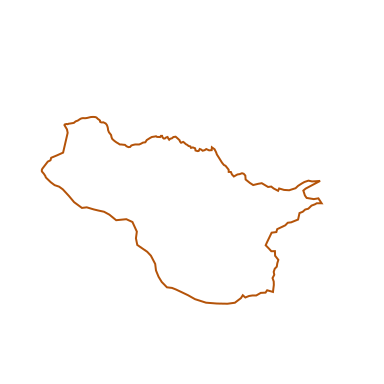 Kampos, Nicosia, Cyprus, rotated 55°
{"feature_id": "46923920B48864279122455", "entity_name": "Kampos", "entity_type": "district", "adm_level": 2, "iso_a3": "CYP", "parent_name": "Cyprus", "parent_adm1": "Nicosia", "projection": "mercator", "projection_center": [32.714, 35.063], "detail": "fine", "context": "isolated", "style": "outline", "palette": "amber", "viewbox_px": 384, "rotation_deg": 55, "n_neighbors": 0, "source": "geoboundaries", "source_scale": "gbopen_adm2", "svg_char_len": 3056}
<svg xmlns="http://www.w3.org/2000/svg" viewBox="0 0 384 384"><g transform="rotate(55 192 192)"><path d="M63.7,257.5L64.0,258.1L65.0,258.2L69.0,258.5L72.2,259.9L85.8,275.0L84.5,281.8L83.2,287.7L84.8,289.7L84.8,290.2L84.4,292.7L87.1,301.3L87.9,302.5L88.8,303.0L89.1,303.2L92.1,302.9L95.0,303.0L95.7,303.3L96.4,303.3L96.8,303.3L103.0,302.1L107.6,300.6L111.4,297.8L115.7,296.3L124.6,295.1L132.7,294.4L141.9,291.3L144.2,287.0L150.0,282.4L153.5,279.3L157.7,275.4L163.1,272.7L171.6,270.3L176.6,261.4L182.4,258.0L192.8,259.9L197.8,264.5L204.0,267.2L215.2,263.0L220.6,262.2L229.8,263.4L235.6,266.5L242.2,268.0L248.3,268.4L255.7,267.2L259.1,263.4L262.6,261.1L268.0,258.0L274.2,254.5L281.5,251.0L290.7,244.0L297.7,235.5L303.9,227.0L307.3,220.4L307.0,212.8L305.7,209.6L308.4,209.0L309.0,208.8L309.9,204.9L311.4,201.9L313.6,198.7L314.1,193.5L316.6,189.5L315.6,186.8L320.3,183.0L315.1,178.3L312.2,176.4L308.7,175.4L307.0,172.1L304.3,170.9L302.3,168.2L301.8,165.4L299.3,163.0L297.1,160.2L291.9,160.5L288.0,158.0L286.0,161.0L282.1,161.5L277.9,162.2L276.1,159.2L271.0,150.1L273.2,145.9L271.3,143.5L272.8,134.7L272.1,131.2L273.7,128.2L275.4,120.9L270.9,116.0L271.7,112.7L271.3,109.3L272.4,106.3L271.7,101.9L272.6,98.4L272.8,96.2L275.6,92.3L269.7,92.1L267.7,96.3L262.6,101.5L259.6,101.5L254.7,100.0L254.4,97.0L256.4,80.7L254.2,84.4L252.2,87.6L249.5,90.1L248.3,94.1L248.0,97.0L247.8,101.5L248.3,105.0L246.3,111.4L243.1,115.4L239.1,118.6L240.4,120.8L235.9,123.1L233.0,124.0L231.5,126.8L224.8,129.8L223.3,133.0L221.4,137.9L217.7,139.4L212.5,140.9L209.1,138.9L206.7,139.2L205.3,140.3L204.7,142.7L203.7,144.7L203.3,148.8L200.6,149.2L197.9,148.7L196.6,150.4L194.7,149.2L192.8,149.3L189.8,149.5L188.1,150.4L185.1,150.6L179.9,150.3L175.5,150.1L173.4,149.5L169.9,149.0L166.8,150.1L169.0,151.9L167.7,154.1L165.0,155.7L165.0,157.6L164.3,159.6L162.4,160.2L161.2,161.0L162.2,163.0L161.7,164.0L160.0,165.3L158.0,164.4L156.0,165.7L155.3,167.5L153.7,167.2L152.4,168.4L150.6,168.9L149.3,169.6L147.0,170.1L145.9,170.5L145.4,172.7L143.7,172.9L142.6,172.5L140.5,172.9L139.2,173.2L137.3,173.7L136.3,175.7L136.5,177.6L135.9,179.3L136.1,180.7L134.3,180.7L132.9,180.5L132.5,181.8L132.6,183.6L132.0,184.5L130.3,184.8L128.9,184.3L128.2,185.3L128.7,186.6L127.6,188.0L126.9,189.0L125.7,189.5L125.3,190.5L124.7,191.7L123.9,193.4L123.7,195.2L123.5,199.3L124.5,201.7L123.4,203.9L123.2,205.9L122.8,207.9L120.5,211.2L119.7,213.1L119.1,215.0L119.6,216.8L118.8,218.3L117.0,219.4L114.9,219.9L114.1,220.9L112.5,222.7L111.6,223.9L109.8,224.6L108.1,225.4L105.8,226.2L104.2,226.6L102.7,226.9L101.0,226.5L98.9,225.6L96.7,225.7L95.5,225.8L93.1,225.2L91.5,224.3L89.9,223.7L88.2,223.3L86.4,223.4L85.4,223.9L84.0,224.7L83.4,225.9L82.5,226.7L81.7,227.0L80.8,226.4L79.7,226.6L78.1,227.2L76.3,227.5L75.3,228.1L74.7,228.8L74.0,229.6L73.3,230.7L72.7,231.6L72.2,232.8L71.7,234.1L71.2,235.4L70.4,237.0L69.6,238.1L68.9,239.0L68.4,240.1L68.1,241.2L68.0,243.3L68.0,244.6L67.4,246.8L67.6,249.1L67.0,250.5L66.5,251.5L66.0,252.6L65.4,253.7L65.1,255.0L64.3,255.8L63.7,257.5Z" fill="none" stroke="#b45309" stroke-width="2"/></g></svg>